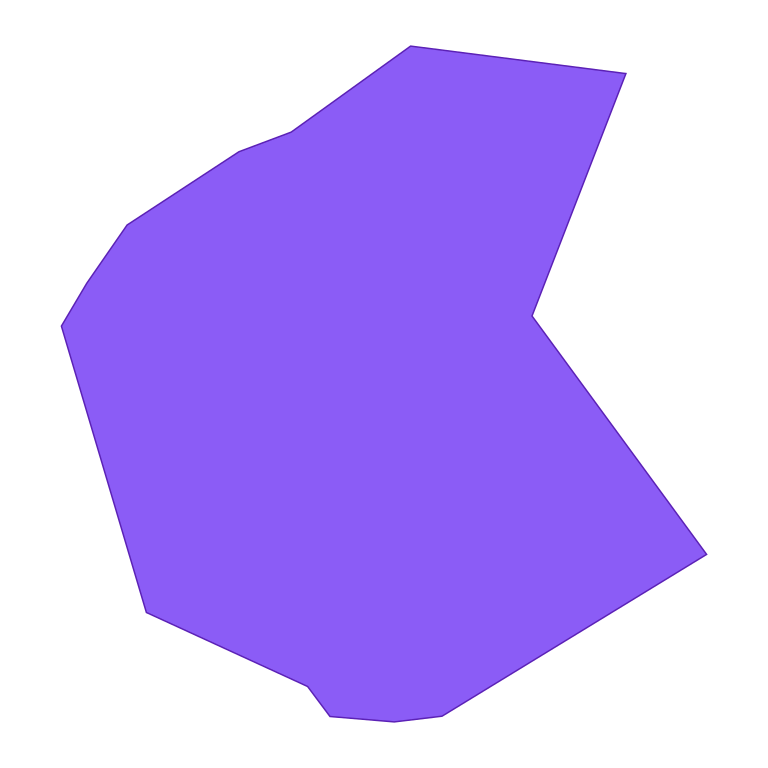 map outline of Cerkvenjak (Natural Earth projection)
{"feature_id": "SVN-198", "entity_name": "Cerkvenjak", "entity_type": "Municipality", "adm_level": 1, "iso_a3": "SVN", "parent_name": "Slovenia", "parent_adm1": "", "projection": "natural_earth1", "projection_center": [15.947, 46.561], "detail": "fine", "context": "isolated", "style": "filled", "palette": "violet", "viewbox_px": 768, "rotation_deg": 0, "n_neighbors": 0, "source": "natural_earth", "source_scale": "10m", "svg_char_len": 308}
<svg xmlns="http://www.w3.org/2000/svg" viewBox="0 0 768 768"><path d="M146.4,612.5L61.4,326.1L86.8,283.2L127.1,225.0L239.0,151.7L291.2,132.1L410.6,46.1L625.9,73.6L532.0,316.0L706.6,554.4L442.0,716.2L394.2,721.9L330.0,716.5L307.6,686.5L146.4,612.5Z" fill="#8b5cf6" stroke="#5b21b6" stroke-width="1.5"/></svg>